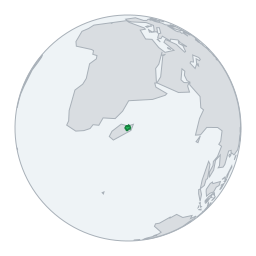 Sofia on an orthographic globe, rotated 43°
{"feature_id": "MDG-5880", "entity_name": "Sofia", "entity_type": "Autonomous Province", "adm_level": 1, "iso_a3": "MDG", "parent_name": "Madagascar", "parent_adm1": "", "projection": "orthographic", "projection_center": [48.484, -15.315], "detail": "fine", "context": "on_globe", "style": "filled", "palette": "green", "viewbox_px": 256, "rotation_deg": 43, "n_neighbors": 0, "source": "natural_earth", "source_scale": "10m", "svg_char_len": 7125}
<svg xmlns="http://www.w3.org/2000/svg" viewBox="0 0 256 256"><g transform="rotate(43 128 128)"><circle cx="128" cy="128" r="113" fill="#eef3f6" stroke="#a8b0b8"/><path d="M15.5,133.0L15.5,132.6L16.5,135.1L17.4,141.7L18.4,151.1L23.5,168.3L26.4,176.6L30.0,183.5L33.2,188.9L28.9,181.6L25.2,174.0L22.0,166.1L19.4,158.0L17.5,149.8L16.2,141.4L15.5,133.0ZM62.5,219.6L60.4,218.0L60.7,218.3L62.3,219.4L62.5,219.6ZM218.9,61.5L216.7,58.5L218.9,61.5ZM215.9,57.6L214.1,55.4L212.6,53.6L211.6,52.8L209.4,50.3L209.8,51.3L212.3,54.0L213.9,55.4L215.2,57.7L219.9,63.7L223.0,69.0L223.9,75.4L220.9,75.5L221.2,77.1L218.7,74.0L217.3,76.2L223.7,88.7L224.2,91.8L221.1,95.6L220.6,93.2L213.9,84.8L214.1,92.0L219.3,100.3L221.1,108.8L217.7,104.8L215.7,97.4L213.3,94.3L212.9,87.8L208.9,77.6L205.5,78.0L204.8,74.4L198.7,65.9L193.2,66.5L185.2,73.9L185.7,83.5L182.2,87.2L173.8,72.2L170.9,63.2L167.4,63.5L159.2,55.8L143.7,54.3L142.0,52.2L138.9,53.1L133.3,51.0L130.8,47.7L127.1,47.9L133.9,56.6L137.9,56.6L141.8,53.3L142.9,56.6L148.5,59.8L140.7,67.6L118.4,75.3L117.0,68.3L104.2,51.4L105.0,49.5L105.0,49.3L104.9,49.0L102.9,52.1L101.0,49.1L107.0,60.3L107.6,65.6L118.1,75.7L116.9,76.9L120.5,79.1L133.0,76.3L132.9,78.7L126.5,90.3L109.9,107.6L112.6,119.4L112.2,129.9L102.9,137.6L104.8,145.9L100.2,149.4L100.6,154.3L97.5,160.0L91.9,165.9L81.2,167.7L79.7,163.2L73.0,155.3L63.3,136.4L65.0,126.8L63.7,120.2L56.1,107.2L57.7,99.0L55.9,96.2L52.0,98.1L50.0,94.9L47.7,95.5L34.4,103.4L31.0,100.3L28.4,88.7L31.3,82.1L32.9,76.0L53.7,50.5L56.8,50.0L71.7,43.7L73.3,43.9L70.2,48.1L80.2,50.9L85.1,46.8L95.6,48.2L103.5,47.4L108.7,39.8L95.8,40.8L95.0,37.7L106.4,33.9L117.8,33.9L117.9,32.7L111.8,30.3L115.6,28.3L109.8,29.5L111.3,30.5L107.7,31.5L106.1,30.6L107.5,29.8L104.4,29.6L98.5,34.0L99.4,35.5L90.5,37.4L91.1,40.2L88.3,42.0L86.2,38.0L87.3,36.3L82.5,33.3L80.6,35.1L85.0,38.2L83.1,38.2L80.5,41.3L80.9,39.0L76.7,35.6L69.4,38.5L58.2,48.0L54.4,50.0L52.1,50.0L58.3,42.3L66.1,38.7L68.4,36.5L68.5,34.6L70.9,33.8L71.9,32.8L75.1,31.7L81.2,28.2L84.6,27.2L88.7,24.4L91.1,23.6L88.0,25.4L87.7,26.2L96.4,24.5L98.6,23.7L100.5,22.2L102.7,22.1L103.5,20.9L109.3,19.9L102.9,20.3L105.0,19.1L109.4,17.9L108.9,17.7L101.7,19.7L99.9,20.5L100.2,20.9L94.2,23.8L90.8,24.9L92.7,22.5L88.1,23.9L91.6,22.0L109.0,17.1L115.4,16.2L122.4,16.4L120.0,16.8L116.2,16.9L118.1,17.6L118.7,17.2L120.5,17.3L123.0,16.6L124.4,16.7L124.4,16.0L126.4,16.1L126.3,16.5L131.7,16.0L136.3,16.3L136.8,16.2L136.1,16.0L142.4,16.8L142.5,16.7L140.5,16.4L139.4,16.1L140.0,16.0L142.2,16.3L145.6,17.1L145.5,17.5L146.5,17.6L147.1,17.4L142.9,16.4L142.7,16.3L145.0,16.7L144.1,16.5L144.7,16.6L147.2,17.0L155.0,18.6L162.9,20.9L170.5,23.7L178.0,27.1L185.2,31.0L192.1,35.4L198.6,40.3L204.8,45.6L210.6,51.4L215.9,57.6ZM45.1,61.5L44.2,63.3L45.1,61.5ZM129.1,38.2L136.5,38.7L134.6,34.5L137.3,34.5L135.6,33.2L134.4,34.2L130.6,30.9L134.3,30.0L134.1,28.5L131.6,28.2L125.5,30.5L130.9,35.1L128.6,36.7L129.1,38.2ZM74.6,29.4L75.1,29.4L73.0,30.7L68.7,33.0L71.6,31.0L74.6,29.4ZM76.2,29.2L79.3,26.8L82.1,25.6L80.0,26.6L81.6,26.1L78.6,27.6L78.3,29.2L76.5,30.5L69.4,33.4L72.7,31.6L72.1,31.6L76.2,29.2ZM76.0,42.0L77.4,41.8L79.9,41.2L78.3,43.3L76.0,42.0ZM72.9,39.7L74.4,39.1L73.3,41.4L71.8,41.7L72.9,39.7ZM76.1,37.0L74.5,38.9L74.5,38.1L76.1,37.0ZM89.4,24.9L91.0,24.4L90.8,24.7L89.5,25.4L89.4,24.9ZM106.0,41.2L103.2,42.7L102.2,42.2L103.4,41.7L106.0,41.2ZM89.7,42.7L93.0,43.1L89.2,43.2L89.7,42.7ZM154.0,191.1L155.0,193.0L153.2,192.9L154.0,191.1ZM131.8,127.8L125.5,146.8L120.1,147.0L118.5,141.3L120.4,129.8L126.5,126.6L129.4,121.6L131.8,127.8ZM232.7,136.2L233.7,137.9L233.6,138.4L232.7,136.2ZM231.7,133.2L233.0,134.7L231.3,134.2L231.7,133.2ZM233.5,135.3L234.8,135.6L235.4,135.4L235.2,136.4L233.5,135.3ZM230.7,132.4L224.5,127.9L221.7,124.8L222.6,123.3L227.1,126.5L230.7,132.4ZM222.3,123.1L217.7,115.4L209.7,97.4L212.7,98.6L220.7,110.9L220.2,112.3L223.0,117.9L222.3,123.1ZM232.5,119.7L231.9,124.3L228.7,121.4L227.1,119.5L226.0,112.5L226.6,109.9L228.0,110.8L232.1,104.1L233.8,108.0L232.9,111.1L234.2,116.4L232.5,119.7ZM186.3,84.5L189.2,91.0L187.1,91.6L186.3,84.5ZM232.8,98.7L231.8,101.5L232.4,97.1L232.8,98.7ZM232.6,94.2L233.2,96.4L232.1,93.7L232.6,94.2ZM222.1,79.9L220.7,79.5L220.2,78.0L221.7,77.7L222.1,79.9ZM225.4,73.7L227.1,77.8L227.5,78.9L226.0,76.0L225.4,73.7ZM133.5,15.5L133.3,15.5L132.1,15.5L133.9,15.8L129.8,15.5L131.3,15.4L133.5,15.5ZM208.9,205.7L212.9,201.3L211.9,202.9L209.0,205.9L208.9,205.7ZM216.3,197.9L215.7,198.7L214.7,199.6L216.3,197.4L215.4,198.2L216.7,195.8L221.0,189.2L219.9,190.0L222.6,186.7L220.3,189.1L222.6,184.7L223.3,181.6L214.4,181.9L213.5,179.3L215.9,176.2L219.6,164.5L220.1,165.2L222.5,158.0L229.1,156.1L234.5,148.3L235.5,151.6L237.9,145.9L238.2,149.3L236.7,154.6L235.3,161.9L237.8,153.2L235.6,161.2L232.9,169.1L229.6,176.7L225.7,184.1L221.3,191.2L216.3,197.9ZM235.1,139.7L236.8,137.5L237.3,138.2L235.1,139.7ZM239.1,146.3L239.4,143.4L239.7,141.9L240.1,137.9L239.8,132.9L239.8,130.0L240.2,129.7L239.5,125.7L240.3,127.1L240.3,132.8L240.6,130.7L240.6,132.3L239.1,146.3ZM239.7,137.4L239.7,137.8L239.5,138.8L239.7,137.4ZM238.2,128.0L238.1,129.2L237.8,127.6L238.2,128.0ZM238.7,128.1L239.4,131.4L238.5,129.0L238.7,128.1ZM234.9,118.2L235.4,121.7L236.7,121.4L235.7,122.9L236.3,129.0L235.8,130.6L235.3,124.0L234.6,129.3L234.0,128.5L233.9,123.3L234.7,118.2L235.3,116.5L237.6,118.5L234.9,118.2ZM238.8,124.3L238.5,120.4L238.7,118.4L239.0,120.8L238.8,124.3ZM237.2,110.7L235.8,105.6L235.1,106.0L236.1,103.0L237.3,108.3L237.2,110.7ZM235.3,101.3L234.7,101.5L235.0,99.6L235.3,101.3ZM234.2,100.0L233.6,97.3L234.4,98.5L234.2,100.0ZM235.7,102.0L235.0,97.8L235.8,100.8L235.7,102.0ZM232.0,91.3L234.5,97.2L232.1,93.1L229.7,84.9L230.6,85.7L232.0,91.3Z" fill="#d9dde1" stroke="#a8b0b8" stroke-width="1"/><path d="M125.5,128.3L125.6,128.2L125.4,128.0L125.4,127.9L125.3,127.7L125.5,127.5L125.6,127.4L125.7,127.2L125.8,127.2L125.7,127.1L125.8,127.0L126.0,126.7L126.1,126.8L126.1,127.0L126.0,127.3L126.0,127.6L126.1,127.4L126.3,127.3L126.4,127.0L126.4,126.9L126.5,126.8L126.5,126.7L126.8,126.6L126.9,126.8L127.0,126.8L127.0,126.7L126.9,126.7L127.0,126.6L127.1,126.9L127.1,126.7L126.9,126.5L126.7,126.6L126.6,126.4L126.5,126.2L126.7,125.9L126.8,125.9L127.0,125.9L127.0,125.7L126.9,125.6L127.0,125.6L127.1,125.8L127.0,126.0L127.1,125.9L127.2,125.7L127.2,125.4L127.3,125.3L127.4,125.2L127.5,125.2L127.5,125.3L127.4,125.3L127.4,125.5L127.5,125.5L127.5,125.4L127.5,125.5L127.8,125.7L128.0,125.6L128.3,125.7L128.4,125.8L128.5,125.8L128.8,125.8L128.9,125.7L129.0,125.7L129.2,125.8L129.3,126.0L129.5,126.2L129.5,126.3L129.7,126.5L129.8,126.7L129.8,126.8L129.9,127.0L130.0,127.1L130.1,127.3L129.9,127.3L129.9,127.5L129.7,127.7L129.7,127.8L129.4,127.9L129.3,128.0L129.2,128.0L129.1,128.3L129.1,128.5L129.1,128.8L129.1,129.0L129.1,129.3L129.0,129.5L129.3,129.7L129.4,129.8L129.3,130.1L129.2,130.1L129.1,130.3L129.0,130.5L128.9,130.5L128.7,130.7L128.5,130.8L128.4,130.8L128.3,130.7L128.3,130.4L128.2,130.2L127.9,130.0L127.8,129.9L127.7,129.9L127.4,129.9L127.2,129.9L127.0,130.0L127.0,130.3L126.9,130.3L126.6,130.3L126.5,130.2L126.4,130.1L126.2,130.1L125.8,129.9L125.7,129.6L125.6,129.4L125.5,129.0L125.4,128.6L125.5,128.3Z" fill="#22c55e" stroke="#15803d" stroke-width="1.5"/></g></svg>